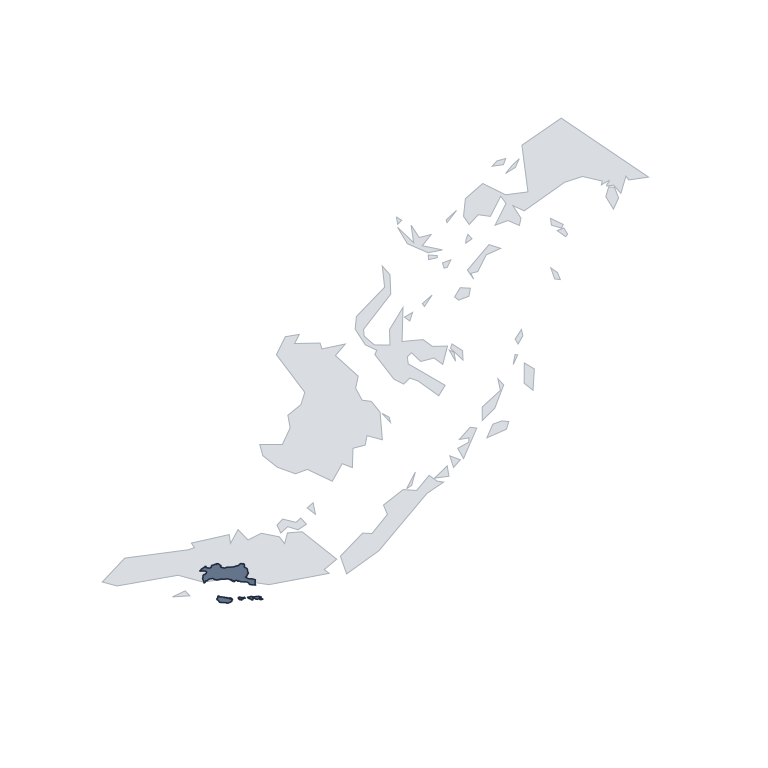 where Sumatera Barat sits in Indonesia, rotated 303°
{"feature_id": "IDN-539", "entity_name": "Sumatera Barat", "entity_type": "Province", "adm_level": 1, "iso_a3": "IDN", "parent_name": "Indonesia", "parent_adm1": "", "projection": "natural_earth1", "projection_center": [100.097, -1.223], "detail": "fine", "context": "in_parent", "style": "filled", "palette": "slate", "viewbox_px": 768, "rotation_deg": 303, "n_neighbors": 0, "source": "natural_earth", "source_scale": "10m", "svg_char_len": 9472}
<svg xmlns="http://www.w3.org/2000/svg" viewBox="0 0 768 768"><g transform="rotate(303 384 384)"><path d="M265.6,312.8L277.9,331.7L296.1,329.2L305.4,320.4L321.4,325.6L333.9,322.1L350.0,277.8L369.9,275.5L379.4,285.9L369.3,287.0L383.5,308.1L379.6,312.8L396.4,329.7L381.4,327.8L376.5,358.1L365.0,362.5L358.5,374.5L362.5,382.8L358.2,396.1L336.3,413.0L331.4,397.9L322.5,401.5L313.2,393.0L296.7,403.0L294.4,392.3L274.3,393.6L270.6,366.2L260.5,358.7L256.1,339.8L257.9,321.4L265.6,312.8ZM64.5,255.6L96.8,261.4L138.4,310.2L143.5,314.1L145.7,309.1L173.4,336.2L166.7,342.1L182.4,340.9L179.1,354.9L192.0,362.4L198.8,379.4L196.0,387.6L206.5,384.1L215.5,395.8L211.3,439.7L195.8,434.9L195.3,441.1L153.1,396.8L135.4,359.0L119.3,339.9L111.4,315.4L69.3,270.2L64.5,255.6ZM703.5,387.8L701.6,493.1L688.4,478.1L690.1,473.7L672.9,478.8L675.9,468.3L671.3,462.9L673.0,462.1L675.7,462.5L677.3,461.9L669.4,457.8L673.1,456.5L666.1,437.4L651.5,425.6L605.6,407.3L603.8,395.0L597.6,408.6L590.7,411.2L588.6,398.9L577.7,390.7L601.9,388.0L605.1,379.6L582.5,381.9L577.3,370.8L564.2,368.6L567.9,359.4L583.8,351.3L605.9,357.6L608.9,382.9L623.5,400.1L659.4,369.6L703.5,387.8ZM478.9,329.5L463.1,340.7L418.7,337.1L413.3,341.3L411.5,354.6L419.9,367.8L432.6,359.0L458.6,358.2L429.5,376.0L442.5,392.6L441.9,404.1L450.4,416.6L432.5,422.6L433.0,411.8L422.9,402.5L425.2,390.1L419.6,388.7L414.1,393.3L416.2,436.0L404.0,436.3L405.1,410.8L403.0,402.4L394.6,400.5L393.5,389.6L403.7,360.3L408.4,359.5L406.7,347.0L414.3,329.9L425.7,324.1L465.5,331.8L482.0,318.3L478.9,329.5ZM215.8,441.2L247.3,447.3L252.1,455.4L276.5,457.9L282.2,449.5L305.9,457.6L312.5,469.4L331.9,471.6L331.5,481.5L334.2,487.4L315.7,479.6L241.4,470.5L204.4,456.1L215.8,441.2ZM518.7,331.9L532.0,320.2L526.0,333.7L535.0,342.1L520.8,340.8L528.3,360.0L518.1,349.5L514.4,327.2L522.8,310.0L518.7,331.9ZM525.0,391.9L558.1,396.2L561.3,408.0L548.0,399.4L529.4,401.4L524.1,396.6L520.8,402.1L525.0,391.9ZM448.4,484.9L424.0,490.1L406.9,486.3L418.2,478.9L442.0,485.1L450.4,476.7L448.4,484.9ZM378.5,477.4L394.7,479.8L397.5,485.8L364.8,491.3L370.2,480.9L381.3,486.8L385.1,484.6L378.5,477.4ZM478.1,490.2L478.5,501.9L459.9,512.4L461.0,501.1L478.1,490.2ZM215.5,372.6L220.0,385.5L226.3,387.2L224.2,395.3L214.9,391.3L211.9,380.9L202.8,378.6L207.4,371.1L215.5,372.6ZM667.9,479.4L655.6,481.2L661.9,468.0L671.6,465.1L674.5,470.1L667.9,479.4ZM409.6,497.2L417.1,502.8L420.5,509.1L412.8,511.3L394.9,499.6L409.6,497.2ZM506.3,395.5L511.4,404.3L503.8,407.4L495.0,400.9L495.5,395.8L506.3,395.5ZM332.6,477.7L349.8,481.6L342.0,488.7L332.6,477.7ZM359.6,478.3L362.0,489.3L351.9,487.7L359.6,478.3ZM245.8,389.2L237.4,397.5L238.2,387.1L245.8,389.2ZM613.6,433.4L615.4,447.4L611.5,448.0L608.4,437.9L613.6,433.4ZM327.3,458.2L314.1,462.4L308.5,460.0L327.3,458.2ZM454.7,419.2L454.7,431.8L447.1,437.2L450.2,420.3L454.7,419.2ZM90.2,322.5L102.2,329.9L100.6,336.5L90.2,322.5ZM119.4,374.3L114.7,371.6L112.6,361.3L116.1,361.0L119.4,374.3ZM567.6,475.0L565.1,469.9L572.3,460.6L571.9,468.9L567.6,475.0ZM555.4,346.8L569.1,350.3L553.7,349.0L555.4,346.8ZM472.3,372.4L484.8,375.9L471.0,375.7L472.3,372.4ZM448.8,425.4L442.1,431.6L448.0,420.3L448.8,425.4ZM625.6,356.1L632.7,357.3L639.4,363.3L633.0,364.7L625.6,356.1ZM504.6,469.6L500.0,474.2L490.6,474.7L493.1,469.5L504.6,469.6ZM612.8,449.8L609.7,456.4L606.5,456.1L607.0,445.7L612.8,449.8ZM524.5,372.4L516.2,373.5L513.9,371.3L517.4,367.1L524.5,372.4ZM626.8,371.3L637.0,372.4L646.6,374.7L637.3,376.2L626.8,371.3ZM451.2,364.7L459.6,369.0L450.9,371.3L451.2,364.7ZM531.0,309.6L525.4,308.5L530.7,303.6L531.0,309.6ZM470.7,481.7L480.1,477.9L481.2,480.3L470.7,481.7ZM555.2,372.9L553.7,378.7L546.6,375.8L550.2,374.0L555.2,372.9ZM359.0,406.4L355.3,410.4L358.3,398.2L359.0,406.4ZM516.3,350.8L520.7,358.7L519.0,359.9L512.6,353.7L516.3,350.8Z" fill="#d9dde1" stroke="#a8b0b8" stroke-width="1"/><path d="M145.4,385.7L144.0,383.3L142.7,380.5L142.7,380.2L143.3,379.2L143.5,378.5L143.1,376.5L143.0,376.2L142.8,375.8L141.9,374.8L141.7,374.2L141.1,373.1L140.4,372.1L140.2,371.8L140.1,371.4L140.0,370.7L139.9,370.0L139.0,368.9L139.2,368.7L139.0,368.4L139.2,368.1L139.0,367.1L138.9,366.9L138.6,366.8L138.0,366.5L137.8,366.3L137.5,366.0L137.3,366.2L137.0,366.2L136.9,366.2L136.7,366.0L137.0,365.7L137.1,365.1L137.0,364.9L136.4,364.3L136.2,364.4L136.2,364.2L136.2,363.7L136.4,363.6L136.4,363.4L136.2,363.0L136.5,362.9L136.8,363.0L136.9,362.7L136.8,362.4L136.5,362.4L136.4,362.3L136.0,361.4L135.9,360.3L135.6,359.5L135.3,358.8L133.3,356.4L132.9,355.9L132.3,354.6L131.5,353.5L131.1,353.0L130.1,352.2L129.9,352.0L129.8,351.7L129.5,351.4L128.9,351.0L128.6,350.7L128.5,350.4L128.3,349.3L127.9,348.8L127.7,348.3L127.6,348.1L127.6,347.8L127.8,346.8L127.7,346.4L127.5,346.1L126.7,345.3L125.9,344.3L125.6,344.0L124.5,343.3L123.9,343.1L122.8,342.9L122.6,342.8L122.4,342.6L122.1,341.9L121.8,341.7L121.5,341.7L121.2,341.8L120.7,342.0L120.2,342.0L120.0,341.9L119.7,341.6L119.4,341.7L119.2,341.5L120.8,339.5L121.9,337.9L122.0,337.8L122.6,337.6L123.3,337.5L123.6,337.3L124.6,336.6L125.0,336.5L125.5,336.6L125.8,336.8L126.2,336.9L126.3,337.0L126.7,337.5L126.8,337.6L127.8,337.6L128.1,337.9L128.5,338.0L128.9,338.0L129.5,337.7L129.8,337.5L129.9,336.9L129.9,336.5L129.5,335.6L129.3,335.3L129.1,334.9L128.5,334.1L128.4,333.9L128.3,333.3L128.2,333.0L127.6,332.7L127.4,332.3L127.0,331.9L126.9,331.5L126.9,331.4L127.0,331.3L127.6,331.6L127.9,331.7L128.3,331.7L128.6,331.6L129.0,331.6L129.7,331.9L130.2,332.1L130.7,332.4L131.7,332.7L131.9,332.8L132.3,333.2L132.6,333.4L132.8,333.5L133.1,333.5L133.3,333.5L133.5,333.3L133.8,333.6L134.0,334.0L133.9,334.1L133.8,334.4L133.4,334.8L133.3,335.0L133.7,336.4L133.8,336.6L134.2,337.1L134.8,338.3L136.2,338.9L136.6,338.9L136.9,338.5L137.3,338.4L137.7,338.3L138.2,338.4L138.5,338.7L139.1,339.5L140.1,340.0L140.7,340.4L141.0,340.7L141.6,341.4L141.6,341.5L141.9,341.4L142.0,341.4L142.1,341.5L142.8,342.4L143.0,342.8L143.0,343.3L142.8,344.7L142.8,345.1L142.9,346.1L142.8,346.3L142.6,346.4L141.7,346.5L141.5,346.9L141.5,347.3L141.9,348.1L142.2,349.2L143.0,350.8L144.2,351.7L144.7,352.0L145.0,352.1L145.6,353.3L148.3,357.0L149.7,358.3L151.1,359.3L151.9,360.3L152.4,360.7L153.1,360.9L154.4,361.2L155.1,361.5L155.4,361.7L155.7,362.1L156.0,362.8L156.0,363.2L156.0,363.9L156.2,364.1L156.4,364.2L156.6,364.2L156.8,364.2L156.8,364.5L156.7,364.8L156.5,365.2L156.1,365.6L155.8,365.9L155.5,366.1L154.7,366.2L154.5,366.4L154.4,367.2L154.6,368.2L154.5,368.8L154.5,369.0L154.6,369.4L154.5,369.8L154.3,370.2L154.0,370.5L152.8,371.5L152.3,372.1L151.7,373.1L151.3,373.4L150.8,373.3L150.7,373.1L148.2,373.5L147.9,373.5L147.4,373.2L147.1,373.3L146.6,373.2L146.7,374.8L146.8,375.8L147.0,376.6L147.4,377.5L147.7,378.0L147.9,378.2L148.3,378.6L148.7,379.3L149.2,380.8L149.7,382.7L149.3,382.9L148.7,383.4L148.4,383.5L147.4,383.9L146.1,385.0L145.4,385.7ZM120.9,372.0L121.1,372.3L121.2,372.9L121.2,373.4L120.9,373.7L120.7,372.6L120.6,372.3L120.2,371.7L120.1,371.8L119.9,371.9L120.0,372.1L120.5,373.3L120.6,374.0L120.5,374.4L120.0,374.2L119.6,374.3L119.4,374.4L118.7,374.7L116.9,373.7L116.5,373.3L115.5,372.8L114.9,371.8L114.6,371.6L114.7,371.0L114.4,370.3L112.2,366.6L111.9,366.4L111.9,366.0L111.7,365.5L111.4,365.0L111.5,364.6L111.8,363.9L112.1,363.3L112.2,362.9L112.2,361.5L112.3,361.2L112.7,360.9L113.2,360.8L113.9,361.1L114.1,361.1L114.3,361.0L114.7,360.6L114.8,360.5L115.4,360.4L115.7,360.4L115.6,360.7L115.9,360.8L116.2,361.1L116.3,361.5L116.2,361.8L116.0,361.6L115.8,361.6L116.1,362.3L116.2,362.8L116.8,363.3L117.1,364.1L117.5,364.7L117.6,365.1L118.0,365.7L118.1,365.8L117.9,366.0L117.9,366.3L118.2,366.3L118.3,366.6L118.4,367.1L118.7,367.7L119.1,368.1L119.4,368.5L119.4,369.1L118.9,368.7L118.9,369.0L119.1,369.4L119.6,369.9L119.9,370.1L120.0,371.0L120.6,371.1L120.7,371.3L120.9,371.5L121.0,371.8L120.9,372.0ZM136.6,397.1L137.0,398.0L137.6,398.7L137.7,399.2L137.5,399.5L137.3,399.4L136.9,398.8L136.3,398.5L136.3,398.0L136.1,398.0L135.8,397.7L135.7,397.5L135.7,397.3L135.8,397.3L135.8,397.5L136.0,397.5L135.9,397.1L135.8,396.7L135.9,396.2L135.1,395.4L134.5,395.2L134.0,394.2L133.9,393.8L133.7,393.6L133.7,393.4L133.7,393.2L133.8,393.0L133.8,392.8L133.8,392.4L133.6,391.3L133.6,390.9L133.7,390.7L134.2,390.4L134.5,390.6L134.9,391.2L135.2,391.4L136.0,392.4L136.4,392.7L136.9,393.6L137.6,394.4L137.6,394.9L137.6,395.2L137.7,395.5L137.7,395.9L137.5,396.2L137.3,396.2L137.0,396.3L136.7,396.2L136.5,396.4L136.4,396.6L136.7,396.7L136.6,397.1ZM133.9,388.9L134.1,389.9L134.1,390.1L133.9,390.2L133.5,390.3L133.3,390.4L133.2,390.6L133.1,391.1L132.7,391.3L132.3,391.3L131.7,391.0L131.6,391.4L131.5,391.5L131.3,391.4L131.2,391.2L131.2,390.6L131.1,390.3L130.9,390.3L130.9,390.0L131.1,389.0L131.1,388.6L131.0,388.3L130.9,388.0L130.6,387.9L130.7,387.7L130.6,387.3L130.5,386.9L130.6,386.3L130.7,385.9L130.8,385.8L131.1,385.9L131.4,386.3L131.5,386.4L132.3,387.3L132.6,387.6L132.7,387.8L133.2,387.9L133.4,388.1L133.5,388.5L133.9,388.9ZM128.6,382.7L129.0,383.3L129.1,383.7L129.1,384.0L129.1,383.9L129.0,384.0L128.9,384.1L128.7,383.6L128.1,383.5L127.7,383.1L127.0,383.0L126.5,382.3L126.1,382.2L125.5,382.2L125.7,381.7L125.4,381.6L125.3,381.3L125.2,381.3L125.1,381.6L125.0,381.4L124.8,380.9L124.5,380.5L124.5,380.3L124.5,380.1L124.8,380.1L125.0,380.1L124.9,379.9L124.8,379.6L124.7,378.9L125.0,378.4L125.4,378.2L125.9,378.2L126.1,378.4L126.3,378.8L126.6,378.9L126.8,379.0L127.0,380.0L127.2,380.5L127.9,381.8L127.9,382.1L128.1,382.2L128.6,382.7ZM138.2,396.1L138.2,396.4L138.3,396.6L138.5,397.0L138.4,397.1L138.1,397.0L138.0,396.7L137.9,396.3L138.2,396.1Z" fill="#64748b" stroke="#1e293b" stroke-width="1.5"/></g></svg>